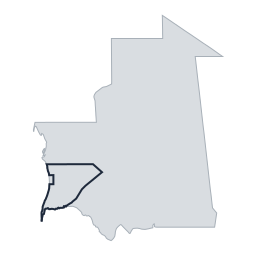 Mauritania, with Trarza highlighted
{"feature_id": "MRT-2788", "entity_name": "Trarza", "entity_type": "Region", "adm_level": 1, "iso_a3": "MRT", "parent_name": "Mauritania", "parent_adm1": "", "projection": "robinson", "projection_center": [-15.679, 17.405], "detail": "fine", "context": "in_parent", "style": "outline", "palette": "slate", "viewbox_px": 256, "rotation_deg": 0, "n_neighbors": 0, "source": "natural_earth", "source_scale": "10m", "svg_char_len": 4755}
<svg xmlns="http://www.w3.org/2000/svg" viewBox="0 0 256 256"><path d="M108.4,239.5L108.0,239.4L106.3,238.1L105.5,236.5L104.2,235.4L102.4,234.6L101.2,233.7L100.6,232.7L100.0,232.1L99.3,231.7L99.2,231.4L99.4,230.9L99.2,230.0L98.1,227.9L97.1,227.0L96.3,227.1L95.8,226.9L95.5,226.5L95.4,225.8L94.8,225.2L93.8,225.0L93.0,223.5L92.3,220.7L91.5,218.6L90.6,217.0L89.9,216.5L89.3,216.4L89.2,216.1L89.0,215.7L88.3,215.5L87.2,216.0L86.2,215.8L85.8,215.1L85.1,215.0L84.3,215.6L83.4,215.4L82.3,214.5L81.8,213.5L81.7,212.5L79.9,210.6L76.6,207.7L72.9,206.3L68.9,206.5L66.7,206.4L66.2,205.9L65.7,205.9L65.3,206.5L64.7,206.6L64.2,206.3L63.8,206.5L63.7,207.3L62.3,207.6L59.6,207.6L57.5,208.1L55.9,209.0L53.6,209.4L50.6,209.3L48.8,208.9L48.2,208.4L47.3,208.3L46.2,208.6L45.2,210.0L44.3,212.6L43.6,214.1L43.0,214.4L42.4,216.4L42.1,219.6L41.5,221.0L41.5,212.9L42.4,209.9L42.7,207.3L44.5,201.5L46.7,196.7L48.7,190.3L49.5,184.2L49.2,178.2L48.6,172.8L47.6,169.3L46.6,164.1L45.2,161.4L42.5,159.1L41.9,157.7L42.5,157.2L44.2,156.8L45.2,155.0L43.0,155.7L45.5,150.1L46.3,146.2L46.2,143.7L46.7,142.2L44.8,138.8L43.3,134.5L42.5,133.9L41.7,133.5L41.6,134.5L41.2,135.4L40.3,134.9L38.6,131.8L36.3,126.7L35.5,126.2L34.9,126.9L34.4,127.6L33.7,131.8L33.4,130.1L33.8,128.1L34.3,125.7L35.0,122.4L37.0,122.4L40.5,122.4L47.7,122.3L51.2,122.3L58.4,122.3L61.9,122.3L69.1,122.3L72.6,122.3L79.7,122.3L83.3,122.3L90.4,122.3L94.0,122.3L96.4,122.3L96.2,119.9L96.1,118.0L95.9,115.5L95.8,112.9L95.6,110.4L95.5,108.0L95.3,105.6L95.2,103.4L95.1,101.4L94.9,100.2L94.1,97.9L93.9,96.8L94.1,95.6L94.6,94.4L96.0,92.3L98.1,90.7L100.5,88.9L102.3,87.5L103.3,87.1L106.2,86.6L108.4,85.6L110.6,84.5L111.6,84.0L111.7,82.0L111.4,38.5L122.3,38.5L125.1,38.5L145.2,38.5L148.1,38.5L162.7,38.5L162.7,36.5L162.6,33.6L162.6,29.5L162.5,25.5L162.4,18.4L162.3,15.4L165.2,17.3L171.1,21.3L174.0,23.3L179.9,27.3L185.7,31.3L191.6,35.2L194.5,37.2L197.5,39.2L200.4,41.2L203.3,43.2L209.2,47.1L211.7,48.8L215.5,51.5L219.0,54.0L222.6,56.5L217.2,56.5L210.0,56.5L205.0,56.5L200.0,56.5L195.2,56.5L195.7,60.6L196.2,65.1L196.7,69.5L197.2,74.0L197.7,78.5L199.3,91.9L199.8,96.4L200.3,100.8L200.8,105.3L201.3,109.8L202.3,118.7L202.8,123.2L203.3,127.6L203.9,132.1L204.4,136.6L204.9,141.0L205.9,150.0L206.4,154.4L206.9,158.9L207.4,163.4L207.9,167.8L208.4,172.3L208.9,176.8L209.4,181.2L210.4,190.2L211.0,194.6L211.5,199.1L212.0,203.6L212.5,207.9L214.4,210.2L216.7,213.0L216.1,217.1L215.4,221.9L214.6,227.2L208.0,227.2L201.6,227.2L185.6,227.2L182.4,227.2L166.4,227.2L163.2,227.2L157.0,227.2L155.2,227.0L154.5,226.6L154.3,223.9L153.7,224.1L153.1,224.9L152.8,225.7L152.9,226.9L152.8,227.8L150.7,228.2L148.0,228.9L145.0,229.4L142.1,229.2L141.1,229.0L140.0,228.6L137.7,228.2L136.4,228.2L134.9,228.3L133.2,228.5L132.6,229.0L131.3,231.0L130.1,233.4L129.3,233.4L128.3,232.1L125.8,229.6L122.7,226.4L121.3,224.8L120.5,224.6L119.0,225.8L117.8,226.9L116.5,228.4L115.9,229.9L115.4,231.7L115.2,233.7L114.8,236.2L113.7,238.1L112.4,239.6L111.5,240.3L111.1,240.6L108.4,239.5ZM44.1,151.5L43.1,153.3L42.7,152.6L42.5,151.4L43.4,149.8L43.8,149.0L44.6,148.6L44.1,151.5Z" fill="#d9dde1" stroke="#a8b0b8" stroke-width="1"/><path d="M66.4,206.1L66.2,205.8L66.0,205.7L65.7,205.8L65.5,206.0L65.4,206.1L65.3,206.4L65.3,206.5L65.2,206.6L64.9,206.7L64.6,206.5L64.5,206.3L64.4,206.2L64.1,206.1L63.9,206.1L63.8,206.3L63.7,206.6L63.8,206.8L64.1,207.1L64.1,207.3L64.0,207.5L63.6,207.6L62.0,207.9L61.7,207.9L61.0,207.8L60.5,207.8L60.2,207.9L59.6,208.2L59.3,208.3L59.1,208.3L58.9,208.2L58.7,207.8L58.6,207.7L58.3,207.7L58.1,207.8L57.9,208.0L57.5,208.6L57.4,208.7L57.2,208.8L56.3,208.7L56.0,208.7L55.9,208.9L55.5,209.2L55.3,209.4L55.1,209.5L54.8,209.5L54.6,209.4L54.2,209.2L53.6,209.1L52.9,208.9L52.6,208.9L52.2,208.9L51.5,208.8L51.3,208.8L50.7,209.1L50.3,209.0L50.2,209.0L49.9,209.1L49.4,209.2L49.1,209.2L48.8,209.0L48.5,208.7L48.3,208.4L48.2,208.3L48.1,208.2L47.9,208.1L47.7,208.2L47.5,208.3L47.0,208.6L46.9,208.7L46.7,208.7L46.0,208.6L45.6,208.7L45.3,208.9L45.0,209.2L44.8,209.6L44.7,209.9L44.6,210.6L44.0,213.7L43.9,213.9L43.8,214.1L43.5,214.2L43.0,214.4L42.7,214.6L42.6,215.0L42.5,216.2L42.3,216.9L42.1,217.7L42.0,217.9L41.9,219.9L41.8,220.9L41.4,221.5L41.7,218.5L41.6,216.9L41.5,213.3L41.6,212.1L41.7,211.8L42.2,210.9L42.3,210.0L42.4,209.7L42.6,209.2L42.6,207.3L42.7,206.5L44.0,203.0L44.3,202.4L44.6,201.2L44.8,200.6L45.6,199.4L46.9,196.2L47.0,195.8L47.2,195.4L48.7,190.4L49.2,188.2L49.3,185.8L49.4,184.2L53.4,184.2L53.4,179.2L53.4,175.1L49.2,175.2L48.9,173.5L48.7,172.8L47.9,170.9L47.5,168.7L47.2,167.9L47.4,167.5L47.4,167.0L46.8,164.5L46.7,164.3L77.1,164.2L77.7,164.2L93.0,164.2L102.0,172.2L89.8,182.2L85.4,185.8L81.9,189.3L76.2,198.6L72.4,201.7L72.3,201.8L72.0,202.3L71.5,202.7L70.3,203.3L68.2,204.6L66.7,205.7L66.4,206.1Z" fill="none" stroke="#1e293b" stroke-width="2"/></svg>